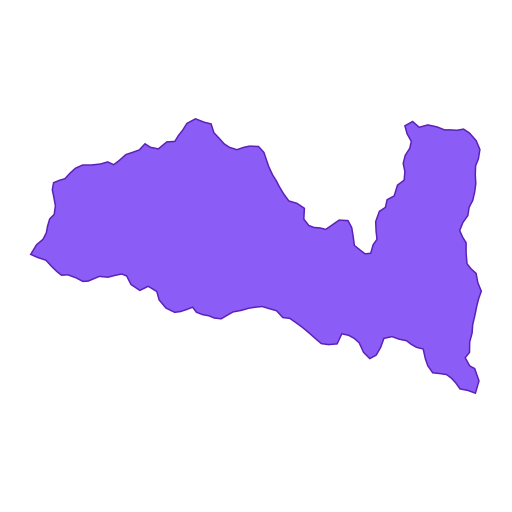 the district of Faria Lemos, Minas Gerais, Brazil
{"feature_id": "56859067B53292511208538", "entity_name": "Faria Lemos", "entity_type": "district", "adm_level": 2, "iso_a3": "BRA", "parent_name": "Brazil", "parent_adm1": "Minas Gerais", "projection": "equal_earth", "projection_center": [-42.029, -20.786], "detail": "fine", "context": "isolated", "style": "filled", "palette": "violet", "viewbox_px": 512, "rotation_deg": 0, "n_neighbors": 0, "source": "geoboundaries", "source_scale": "gbopen_adm2", "svg_char_len": 2468}
<svg xmlns="http://www.w3.org/2000/svg" viewBox="0 0 512 512"><path d="M404.9,125.8L407.1,133.8L411.3,141.4L409.8,148.2L405.2,155.4L403.2,163.5L404.9,171.6L404.1,180.2L397.5,185.1L394.2,195.9L387.1,199.7L385.4,207.4L379.4,211.3L375.7,221.6L376.1,231.4L377.0,239.3L373.1,244.8L370.7,253.3L365.0,253.8L360.3,250.2L354.4,245.5L353.0,235.3L351.7,227.5L348.0,220.6L339.1,220.1L331.4,225.5L325.7,229.4L319.9,227.9L314.1,227.5L308.8,225.5L303.8,219.1L304.4,208.3L296.9,203.3L288.8,200.9L283.4,193.5L279.3,186.6L276.3,180.8L272.7,175.1L268.7,166.5L266.1,158.9L263.9,152.4L258.5,146.5L249.6,146.1L243.9,147.3L236.9,149.7L229.4,147.3L224.1,143.8L219.7,138.9L213.9,132.7L211.1,123.9L204.1,122.2L195.5,118.8L186.9,123.4L182.6,130.3L178.3,135.7L174.9,141.4L166.8,141.9L158.3,148.9L150.5,147.3L145.0,143.8L139.2,150.0L133.0,152.2L125.8,154.6L119.2,160.5L113.7,164.7L107.7,161.9L100.5,164.0L91.3,165.0L82.7,165.0L75.5,168.2L70.4,172.8L64.8,178.8L59.7,180.2L53.6,182.7L52.3,189.8L53.8,197.0L55.4,205.9L54.2,214.4L49.7,218.9L47.6,226.0L46.3,232.9L43.0,239.3L36.5,244.8L30.7,254.4L37.7,257.5L45.9,260.2L51.6,266.4L56.8,271.5L61.5,275.2L67.8,274.8L76.2,277.9L82.8,281.4L88.2,281.1L93.9,278.7L99.3,276.4L108.0,277.2L115.8,275.2L121.7,274.0L126.7,276.0L131.0,284.5L139.8,290.4L148.2,286.3L156.8,291.5L159.1,299.9L166.0,308.1L174.6,312.3L180.3,311.6L186.4,309.6L192.6,307.2L196.4,312.2L202.5,314.6L208.9,315.8L214.2,318.0L221.2,318.8L227.6,315.0L233.1,311.9L241.3,310.4L249.2,308.1L255.5,307.2L262.1,306.5L269.4,308.7L276.5,310.7L282.9,317.6L289.7,318.3L296.0,322.7L301.8,326.9L308.8,332.7L315.8,338.9L321.3,343.6L328.4,344.6L337.1,343.9L341.8,333.8L348.6,335.3L354.3,338.4L359.2,342.8L363.6,352.4L369.8,358.6L376.2,355.1L380.7,347.3L383.9,338.4L392.0,336.6L399.2,339.2L406.5,340.7L411.2,344.3L416.4,347.3L423.2,349.0L425.3,358.6L427.8,365.8L432.7,372.8L440.2,373.6L446.6,374.6L451.4,378.2L455.6,382.7L460.0,388.9L468.1,390.5L475.4,393.2L479.0,380.9L474.7,368.6L469.7,365.9L465.2,357.7L469.5,352.4L469.7,341.9L472.1,333.0L472.7,324.6L474.9,315.3L477.0,305.0L478.9,297.9L481.3,291.2L477.8,282.6L476.1,273.4L471.0,268.8L467.0,263.7L466.1,253.0L466.1,242.8L462.6,237.1L459.7,230.5L462.9,222.5L467.8,215.6L469.2,207.1L472.7,200.5L474.7,192.0L475.8,183.6L475.3,174.8L475.6,165.8L478.4,158.9L479.9,149.5L476.2,140.7L469.5,133.0L463.5,129.1L456.9,130.3L451.1,129.9L444.6,129.9L437.0,126.9L427.8,124.9L419.2,127.3L412.6,121.5L404.9,125.8Z" fill="#8b5cf6" stroke="#5b21b6" stroke-width="1.5"/></svg>